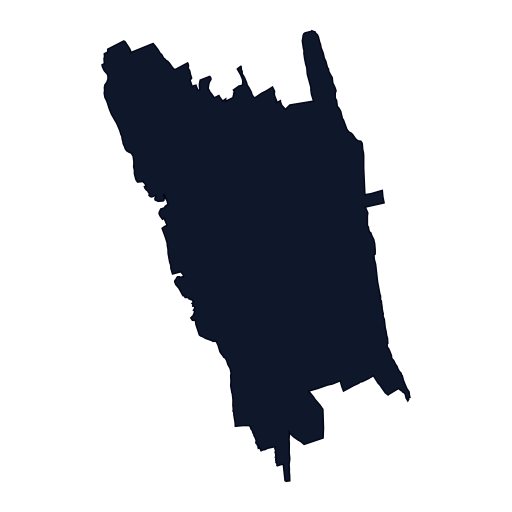 the district of Puiesti, Vaslui, Romania
{"feature_id": "2599482B4132166404081", "entity_name": "Puiesti", "entity_type": "district", "adm_level": 2, "iso_a3": "ROU", "parent_name": "Romania", "parent_adm1": "Vaslui", "projection": "mercator", "projection_center": [27.45, 46.442], "detail": "fine", "context": "isolated", "style": "filled", "palette": "ink", "viewbox_px": 512, "rotation_deg": 0, "n_neighbors": 0, "source": "geoboundaries", "source_scale": "gbopen_adm2", "svg_char_len": 5979}
<svg xmlns="http://www.w3.org/2000/svg" viewBox="0 0 512 512"><path d="M304.1,444.4L323.1,438.0L323.5,428.3L322.9,409.4L320.1,405.3L314.7,399.0L313.6,397.1L311.4,394.4L309.8,392.5L309.2,392.7L309.1,391.0L317.7,388.5L327.6,385.0L332.4,384.0L340.2,380.8L341.8,386.5L343.5,391.1L353.6,385.6L358.8,383.2L360.1,382.1L362.3,381.6L368.3,378.7L373.4,375.7L378.0,383.0L378.8,384.0L379.2,384.0L385.2,392.7L388.1,395.0L389.0,394.2L398.5,388.5L401.2,390.7L402.0,390.9L402.9,392.2L403.9,392.6L405.1,393.8L406.1,398.0L407.8,400.9L408.7,399.3L408.0,398.2L410.0,397.3L409.5,395.7L409.1,391.9L406.9,388.7L405.3,385.0L403.6,380.8L402.2,375.6L401.7,375.2L400.9,372.9L399.3,371.4L397.7,368.4L397.1,366.5L395.4,364.1L393.6,360.4L392.0,358.7L391.5,357.1L391.5,355.7L390.2,352.3L388.6,348.6L387.6,347.4L387.2,346.4L387.1,344.8L387.5,343.1L387.8,343.1L387.5,338.2L386.7,335.6L386.1,331.5L385.2,327.6L384.3,319.3L383.2,316.6L383.1,314.5L383.3,313.5L382.9,312.6L382.2,308.9L381.9,305.1L381.5,304.0L381.6,303.0L381.3,300.9L380.2,299.2L380.6,298.5L380.5,295.6L379.9,294.3L377.6,281.9L375.6,264.1L374.3,259.4L373.9,254.9L374.8,254.5L375.2,253.8L375.2,250.0L374.7,243.8L373.7,239.4L371.8,235.7L370.7,232.6L369.7,232.3L368.8,229.8L368.4,227.1L367.4,225.5L367.4,216.0L367.8,213.0L365.3,207.1L384.1,202.9L382.9,196.9L382.3,190.4L371.3,193.6L364.9,194.7L363.7,168.1L363.7,156.1L363.5,153.0L362.7,149.4L362.3,144.1L362.0,142.9L360.8,141.2L358.6,141.0L357.1,140.2L355.5,138.7L352.5,134.4L351.0,133.0L348.9,132.0L346.9,129.4L343.4,119.8L342.4,118.5L340.7,111.3L338.8,108.0L337.3,106.4L336.6,100.5L335.4,98.4L335.2,96.6L335.3,92.6L335.9,91.5L336.0,90.5L334.8,87.1L332.8,83.0L332.2,77.5L330.4,74.6L328.6,71.0L328.6,69.2L327.4,67.4L325.8,61.2L324.3,58.2L323.2,53.1L321.1,47.8L320.5,44.3L319.4,41.4L319.3,40.2L318.9,39.3L318.5,37.2L317.4,34.7L316.0,33.6L314.9,31.7L313.9,31.6L311.8,30.7L311.4,31.3L305.0,32.9L303.9,33.7L303.1,35.5L303.0,37.0L302.3,40.9L303.4,48.3L304.0,50.6L303.9,53.4L304.6,58.5L305.7,64.1L306.8,67.8L307.3,74.2L310.9,87.4L310.9,90.0L311.5,94.5L313.6,101.1L289.8,105.0L285.4,109.4L281.7,105.2L280.5,102.0L280.4,100.7L276.9,102.6L276.7,101.1L274.6,95.7L274.3,93.7L274.6,91.3L272.5,87.0L266.3,90.9L261.7,93.2L255.5,97.4L254.5,97.8L253.2,96.6L251.8,94.2L251.3,92.1L248.9,87.6L247.2,85.1L246.6,82.7L244.4,77.4L242.2,73.8L242.2,71.5L241.4,69.8L241.1,66.4L240.7,66.3L237.3,69.0L240.6,74.7L242.5,79.4L242.8,81.6L242.4,85.3L239.0,86.0L233.4,90.0L233.8,91.0L234.6,91.3L234.5,92.7L233.6,93.1L233.9,94.1L233.7,94.5L234.0,95.1L233.4,95.4L233.1,96.5L233.5,97.0L233.4,97.4L225.6,101.3L225.7,98.9L222.7,101.1L219.9,97.4L218.9,95.5L214.3,97.8L211.2,93.4L210.0,92.1L209.2,90.2L208.5,89.4L208.2,88.0L208.8,84.0L209.4,82.1L211.0,79.3L210.9,78.2L210.0,76.7L209.7,76.4L200.2,80.1L199.4,84.1L199.4,85.7L199.9,89.8L198.1,90.4L196.2,86.2L196.0,85.2L193.8,85.7L192.3,86.7L190.2,80.6L190.2,79.5L191.4,78.7L191.6,77.8L190.6,75.0L189.7,70.8L187.9,67.6L188.5,66.6L188.4,65.0L188.0,63.5L187.6,62.9L175.5,69.4L174.2,69.3L172.5,67.6L169.6,63.4L167.7,61.3L165.8,60.2L165.0,59.1L163.6,58.1L161.7,54.6L159.8,52.9L158.3,50.1L155.4,46.2L153.1,43.5L131.1,52.4L129.9,49.2L128.4,46.8L124.9,41.5L123.7,41.0L107.7,49.2L107.8,50.5L107.5,52.2L104.3,53.7L104.5,56.4L104.0,58.9L104.4,63.6L102.0,64.8L102.3,66.3L103.6,69.5L104.5,71.0L107.3,74.1L107.9,75.9L108.0,79.0L106.8,82.3L104.9,84.9L104.4,87.6L104.6,90.6L104.2,93.0L104.9,97.3L107.0,101.6L109.3,108.9L111.5,114.3L116.8,123.5L119.8,130.5L120.9,134.3L121.9,136.5L122.2,139.2L123.0,141.9L123.1,143.6L124.6,146.7L125.2,148.7L126.6,150.7L128.6,152.0L131.4,153.2L132.4,155.1L133.0,155.6L133.8,161.0L133.9,164.1L133.6,166.6L134.4,170.3L134.4,173.7L135.8,179.2L136.5,180.6L137.6,182.1L143.2,181.4L143.2,182.0L144.7,183.3L146.2,186.1L144.4,186.6L145.0,188.3L146.3,189.9L147.9,191.1L148.1,191.9L149.3,193.4L149.0,195.4L150.3,196.6L151.3,196.9L152.5,196.7L155.2,195.5L156.1,196.4L155.2,197.5L154.9,198.7L155.0,199.7L155.4,200.2L156.4,200.4L157.4,201.1L158.9,201.3L163.2,200.9L163.9,200.3L163.7,199.3L165.0,198.3L163.4,195.0L164.3,194.5L165.0,195.6L165.5,198.0L167.1,200.9L167.9,204.4L165.4,206.1L164.1,208.0L160.9,208.9L159.5,211.6L159.0,213.5L160.0,215.8L162.5,219.3L164.1,218.3L167.1,225.3L164.4,226.6L162.1,228.3L165.5,237.6L167.1,242.8L167.4,246.2L168.0,249.1L168.1,253.4L169.7,262.3L170.5,264.4L170.9,266.5L170.8,268.1L172.5,274.0L180.7,271.8L183.0,274.4L183.5,275.7L183.5,276.7L183.1,276.5L179.9,277.6L179.6,277.3L179.5,276.7L177.5,276.8L176.4,278.2L176.3,279.1L175.0,280.4L174.7,281.1L174.7,281.8L175.8,284.6L178.9,288.2L182.9,295.6L183.6,295.3L185.2,297.5L188.8,297.6L188.8,298.4L189.1,299.0L190.0,298.9L190.5,299.5L191.9,299.6L193.3,302.0L193.4,302.5L192.0,303.4L193.0,304.3L192.7,306.1L193.7,306.0L194.9,307.4L194.4,308.8L193.4,310.2L194.8,311.4L193.2,315.5L190.8,317.9L192.4,320.3L195.4,320.4L195.9,324.4L199.4,335.0L200.8,336.0L203.0,336.8L205.4,338.3L211.9,340.6L212.8,341.3L216.2,341.3L218.1,345.4L220.0,351.8L221.5,354.1L222.9,355.6L223.5,357.0L224.9,357.8L225.8,359.0L226.7,360.6L227.9,364.5L230.2,368.6L231.1,373.2L230.7,375.6L231.0,381.3L230.7,385.9L231.9,392.7L232.3,393.6L233.0,400.0L232.9,405.5L233.3,409.5L233.0,410.9L233.8,412.8L233.9,415.3L235.1,422.4L235.3,426.3L242.4,425.6L249.4,425.6L250.8,427.7L250.9,428.9L251.6,429.4L252.7,431.7L252.9,433.0L253.8,433.9L253.9,435.4L254.9,437.1L256.2,440.4L255.8,442.9L257.1,444.2L257.3,445.2L257.8,445.4L257.9,446.0L258.5,446.2L258.0,447.2L258.2,447.6L258.8,447.4L258.5,448.3L259.8,448.1L261.1,450.8L262.7,450.0L265.3,449.5L267.4,448.3L274.9,446.7L274.9,448.9L275.7,450.4L275.1,452.2L275.8,454.2L275.6,454.9L276.1,456.4L275.3,457.2L276.1,458.8L275.7,459.6L275.9,461.0L276.4,461.5L275.9,462.4L277.1,463.7L276.9,465.5L277.4,465.8L281.4,464.5L283.3,464.4L285.0,480.5L285.3,480.9L286.3,480.9L286.4,481.3L289.8,480.8L289.6,474.7L289.3,472.0L289.4,469.1L289.1,464.4L289.8,458.8L289.2,452.7L289.3,442.9L289.0,439.4L289.5,433.9L289.1,432.3L293.4,436.7L298.4,440.2L300.8,441.5L304.1,444.4Z" fill="#0f172a" stroke="#020617" stroke-width="1.5"/></svg>